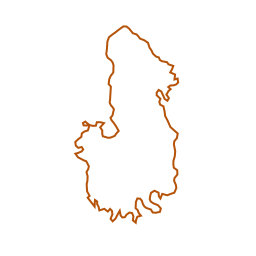 Bom Sucesso do Sul, Paraná, Brazil, rotated 237°
{"feature_id": "56859067B68315991379649", "entity_name": "Bom Sucesso do Sul", "entity_type": "district", "adm_level": 2, "iso_a3": "BRA", "parent_name": "Brazil", "parent_adm1": "Paraná", "projection": "mercator", "projection_center": [-52.844, -26.085], "detail": "fine", "context": "isolated", "style": "outline", "palette": "amber", "viewbox_px": 256, "rotation_deg": 237, "n_neighbors": 0, "source": "geoboundaries", "source_scale": "gbopen_adm2", "svg_char_len": 2403}
<svg xmlns="http://www.w3.org/2000/svg" viewBox="0 0 256 256"><g transform="rotate(237 128 128)"><path d="M151.4,97.4L147.8,93.0L148.8,89.5L148.6,86.3L146.0,84.1L145.7,80.0L145.0,76.2L141.6,74.6L138.4,75.5L137.3,78.8L134.5,78.8L133.6,76.5L134.3,72.4L135.1,69.9L130.7,70.1L124.8,73.4L122.9,74.9L117.1,74.3L115.3,72.3L113.5,69.1L109.6,67.9L105.7,65.1L103.6,62.9L101.1,61.4L97.1,59.2L92.0,58.8L91.5,56.2L80.3,57.2L83.1,59.2L85.6,61.1L83.1,62.1L81.1,60.7L77.8,60.4L74.5,59.1L73.1,64.1L68.9,65.6L69.9,68.9L67.2,69.4L64.1,67.9L61.3,63.9L58.1,64.3L58.8,68.2L61.4,72.7L63.1,76.0L58.7,74.2L56.1,74.5L54.9,76.7L56.1,79.5L56.3,83.2L54.4,85.1L50.9,84.4L48.0,81.8L44.4,82.9L46.4,84.6L48.5,87.5L47.4,91.1L50.7,90.7L54.0,91.4L56.6,90.7L59.6,92.9L61.6,94.3L63.8,97.4L62.1,99.7L59.5,100.0L55.8,99.0L53.3,99.0L50.8,99.9L47.2,102.8L43.7,102.7L41.8,105.1L40.3,109.1L42.6,111.7L46.9,111.1L51.1,108.2L53.9,107.0L56.6,107.5L59.1,109.8L61.1,112.0L61.0,116.0L57.1,118.4L53.9,116.7L51.2,116.8L54.1,120.8L50.2,124.3L49.4,128.3L48.5,131.6L51.3,135.8L54.0,137.1L58.6,137.9L60.7,139.7L62.1,144.1L65.8,146.3L69.7,144.8L72.4,146.0L75.6,148.1L78.8,151.8L82.7,154.9L89.1,157.5L91.6,159.5L92.9,163.5L96.3,166.7L105.6,164.1L112.4,165.2L117.8,165.7L122.0,167.7L126.9,169.5L130.0,167.7L132.9,168.5L134.8,171.1L139.9,169.9L142.1,171.4L143.2,174.5L140.4,175.8L132.4,174.6L129.4,175.9L130.8,178.6L135.1,178.4L137.0,182.2L137.4,184.9L140.4,184.1L140.6,186.7L139.0,189.3L138.3,191.9L138.8,194.8L142.5,196.5L143.4,193.4L147.2,196.6L151.6,193.7L153.5,197.3L155.4,199.8L159.4,196.6L161.9,196.6L165.7,192.7L167.8,191.8L170.4,192.3L172.5,190.5L176.7,189.4L180.6,190.0L183.6,189.8L188.6,191.2L192.8,189.4L196.4,186.8L199.5,186.6L201.9,186.1L204.8,183.7L210.7,183.1L213.9,182.0L215.7,179.6L215.5,174.4L215.1,169.9L214.9,165.8L214.5,161.5L211.8,157.9L208.5,155.4L204.8,152.6L201.9,150.0L198.1,149.2L194.0,150.7L191.4,150.8L188.4,150.0L182.6,145.9L181.1,141.8L179.1,138.8L175.4,135.7L172.1,136.2L164.4,130.5L161.8,128.6L159.2,126.4L156.2,126.0L153.8,126.4L151.4,126.4L146.9,121.7L146.1,118.9L143.6,118.4L140.4,118.8L136.2,118.9L130.6,118.6L129.7,115.0L128.6,112.6L129.5,108.0L130.7,105.9L132.9,104.0L134.8,102.4L137.1,103.2L140.0,105.1L143.7,105.0L145.2,110.5L148.0,107.9L149.8,105.0L147.4,102.3L149.0,99.6L151.4,97.4ZM151.4,97.4L154.3,96.3L156.6,95.7L156.7,92.9L154.4,92.2L152.9,94.2L151.4,97.4Z" fill="none" stroke="#b45309" stroke-width="2"/></g></svg>